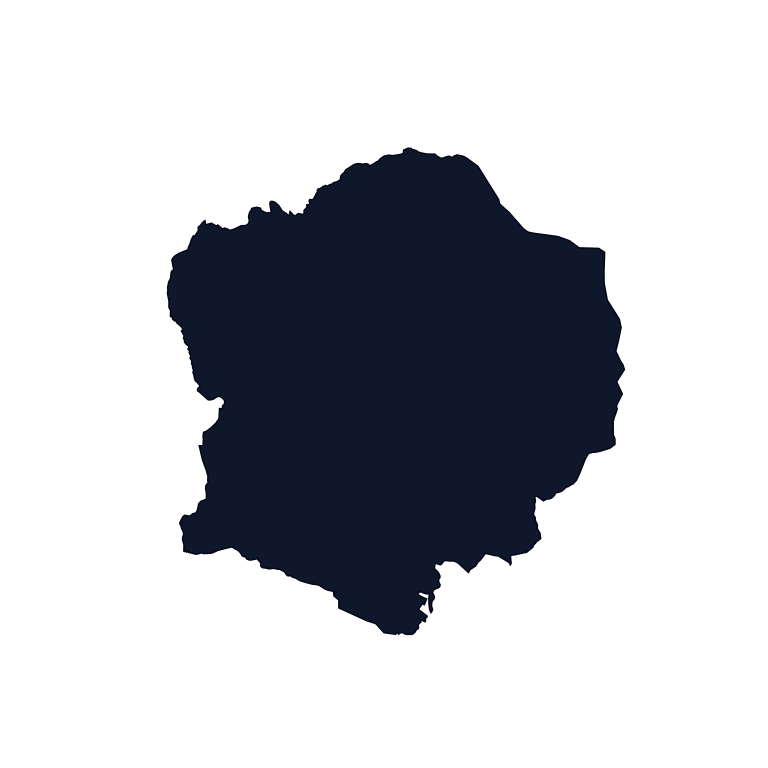 Pausesti-Maglasi, Vâlcea, Romania, rotated 240°
{"feature_id": "2599482B55299870706734", "entity_name": "Pausesti-Maglasi", "entity_type": "district", "adm_level": 2, "iso_a3": "ROU", "parent_name": "Romania", "parent_adm1": "Vâlcea", "projection": "equal_earth", "projection_center": [24.244, 45.144], "detail": "fine", "context": "isolated", "style": "filled", "palette": "ink", "viewbox_px": 768, "rotation_deg": 240, "n_neighbors": 0, "source": "geoboundaries", "source_scale": "gbopen_adm2", "svg_char_len": 6171}
<svg xmlns="http://www.w3.org/2000/svg" viewBox="0 0 768 768"><g transform="rotate(240 384 384)"><path d="M614.8,310.5L614.4,309.1L614.9,309.2L614.2,306.6L613.1,304.5L612.8,301.6L609.5,299.8L606.8,294.3L607.5,293.2L607.4,292.5L605.3,289.3L601.9,285.6L600.4,283.3L598.3,281.2L599.6,271.9L599.5,267.3L598.7,264.2L597.3,262.2L588.7,259.3L588.1,258.2L587.9,256.8L587.1,255.5L582.3,252.1L580.2,248.8L576.1,245.1L572.9,243.5L571.0,241.9L563.2,239.2L558.1,236.2L556.2,235.9L555.3,236.2L553.9,235.7L549.5,232.9L549.0,232.9L547.5,234.2L546.6,234.1L546.2,233.4L545.7,233.4L545.1,233.8L543.4,234.1L542.6,235.2L542.0,235.5L539.7,235.3L539.1,235.9L537.0,236.3L536.1,237.0L532.6,237.2L531.2,236.5L531.2,235.1L526.2,235.1L525.3,234.7L523.8,233.2L521.7,233.2L519.9,232.2L517.2,232.6L515.1,233.6L513.1,233.5L512.3,231.7L511.8,231.6L510.5,232.6L510.1,232.4L509.8,231.9L508.3,230.9L506.0,230.8L504.3,230.2L503.4,229.0L499.9,229.1L497.6,227.4L495.8,227.5L494.0,226.5L490.5,225.7L489.8,224.6L488.9,224.2L486.3,223.8L484.1,222.8L481.1,222.2L479.1,223.0L474.1,223.8L473.3,220.7L472.8,220.0L471.1,219.3L469.2,220.2L458.6,223.6L457.6,224.6L456.7,226.8L456.2,229.2L456.5,233.1L455.4,235.7L451.0,237.5L448.4,237.5L445.5,234.6L446.1,233.8L443.4,231.4L445.0,229.3L437.3,224.4L436.4,223.4L434.1,218.8L432.6,212.5L431.8,206.0L432.4,204.2L432.2,203.4L428.4,200.7L426.7,200.1L421.6,196.8L421.2,196.4L421.4,195.4L422.9,193.1L408.9,188.9L398.2,187.0L392.2,185.5L388.7,183.2L386.6,182.5L385.1,179.1L383.0,177.4L378.9,175.9L374.2,173.4L373.3,172.2L373.2,171.4L373.9,166.7L373.3,164.5L372.8,163.6L367.7,159.0L366.4,156.6L367.2,153.4L366.7,149.9L366.9,149.3L369.8,146.0L370.0,145.1L369.5,144.0L369.6,143.4L366.1,138.0L365.0,137.4L363.0,137.3L360.2,136.6L356.0,136.3L353.5,135.0L352.0,133.1L350.1,131.8L344.5,130.3L339.4,127.1L339.1,127.5L339.6,128.3L339.4,128.6L338.4,127.9L337.9,128.8L337.2,129.0L337.7,130.1L336.1,130.4L330.4,136.3L328.9,141.7L327.5,142.8L324.1,149.3L323.5,151.3L323.0,157.0L319.5,169.4L318.6,171.1L315.7,172.5L313.1,174.3L309.6,175.3L306.2,175.3L304.9,176.0L303.6,177.6L301.0,177.7L298.7,179.6L297.6,182.0L296.2,186.6L291.3,187.8L289.8,187.5L288.5,186.4L286.9,186.4L285.7,186.9L283.5,189.9L281.4,192.0L279.5,196.4L276.9,199.2L275.7,201.0L271.1,204.0L267.7,204.1L266.3,204.6L265.7,205.2L264.7,207.2L261.9,208.6L260.1,210.5L256.3,212.5L251.5,216.8L246.5,221.9L243.3,226.2L241.4,227.6L236.3,230.2L233.5,232.3L230.2,236.1L228.7,236.3L225.5,234.7L219.4,236.9L212.7,232.9L187.8,250.6L180.7,257.0L168.6,259.7L161.6,268.7L161.6,269.6L162.3,270.5L162.2,271.0L161.5,271.5L160.0,271.6L160.2,272.5L160.1,275.4L157.8,276.6L156.6,277.6L155.0,279.7L154.6,280.9L153.4,282.6L153.1,284.2L153.6,286.7L155.1,289.2L155.0,291.2L155.9,292.2L157.7,292.7L158.5,293.3L159.4,296.8L160.9,297.9L160.6,298.8L157.8,300.4L157.6,300.9L158.0,301.5L160.1,302.4L160.6,304.2L161.3,305.3L171.7,301.1L174.6,307.4L172.7,308.6L176.5,313.4L181.2,310.0L184.3,308.3L185.6,308.5L186.1,310.5L185.5,312.1L181.8,314.9L179.6,318.3L175.2,315.2L170.7,312.8L165.5,310.7L162.6,310.3L162.7,311.0L163.7,312.5L164.6,313.3L167.9,314.1L170.8,316.0L172.1,317.4L172.7,319.4L174.0,321.0L175.7,321.5L179.4,321.7L180.8,324.3L180.9,326.0L180.4,329.6L180.6,330.7L181.5,331.8L182.3,332.2L185.4,332.4L187.6,333.7L188.2,335.4L189.8,336.5L193.9,336.8L199.1,335.3L203.1,338.6L202.4,339.6L199.3,342.4L199.3,344.0L200.8,347.2L200.7,348.1L199.6,350.2L197.6,352.7L197.1,353.9L195.8,355.9L193.6,357.7L191.5,358.8L178.5,363.0L180.2,365.4L180.6,372.3L182.8,376.5L183.4,379.5L186.6,387.2L180.2,394.0L178.2,396.7L176.5,397.9L167.0,403.0L165.3,403.3L163.7,402.6L165.3,404.5L171.6,407.4L172.0,408.5L172.0,409.2L171.0,410.9L167.0,423.4L168.0,430.3L168.5,431.6L169.9,433.1L170.3,435.4L171.1,436.9L171.8,442.4L176.9,444.5L182.1,444.4L185.8,446.6L188.1,446.6L191.1,447.1L192.2,448.0L193.5,448.2L195.3,448.0L196.3,448.2L198.4,449.9L200.6,452.3L204.5,454.2L207.3,456.9L210.6,457.9L211.0,459.0L210.6,460.2L203.1,463.7L203.1,466.9L201.7,470.4L201.5,472.4L201.9,474.6L202.7,476.6L203.7,477.4L203.7,478.3L202.5,482.9L202.4,485.1L203.5,490.1L203.0,492.5L203.2,496.4L202.9,497.5L204.4,502.5L209.0,509.0L218.0,520.3L221.4,525.8L221.4,527.3L220.8,529.8L218.9,533.9L217.7,537.7L215.5,547.5L216.2,553.8L220.9,556.5L225.4,557.2L236.8,563.6L240.5,567.4L245.6,573.4L248.7,574.2L251.7,578.4L256.2,585.4L269.7,586.6L276.3,599.4L281.1,600.5L286.2,600.3L296.5,601.1L304.5,608.8L314.4,617.6L322.5,620.2L345.1,619.3L361.2,625.0L370.7,630.3L387.7,640.9L394.1,637.7L404.3,621.1L415.4,616.2L424.7,608.3L440.5,588.0L443.8,584.5L448.8,582.3L469.9,578.1L481.9,574.2L486.7,575.5L525.5,574.2L538.9,568.2L541.2,566.8L545.8,561.9L546.3,559.0L546.1,556.4L546.6,555.6L548.2,554.8L548.9,554.0L549.9,550.0L550.1,547.9L551.1,546.1L554.6,543.9L557.5,543.1L561.5,536.4L565.7,531.5L567.8,529.6L569.1,529.2L570.6,528.1L573.6,525.3L574.5,525.3L576.2,522.7L576.7,517.9L573.9,516.1L574.2,515.6L574.3,513.8L577.4,505.6L579.7,502.7L581.3,498.1L580.8,492.4L579.8,492.5L580.1,488.3L579.9,485.7L580.1,480.5L582.1,480.2L583.3,479.4L584.4,477.3L584.7,475.8L587.6,472.3L588.6,469.7L589.0,467.8L588.6,457.9L587.1,455.6L586.5,452.5L585.7,450.5L583.0,448.5L582.6,447.5L582.7,444.0L583.5,441.3L583.5,440.5L583.0,439.4L583.7,436.7L583.7,434.3L584.0,433.5L585.3,432.4L584.9,430.9L585.7,430.2L585.1,428.8L585.3,428.1L585.1,425.8L585.9,424.7L585.1,423.8L585.1,423.0L583.4,422.5L583.1,421.0L581.5,418.9L579.2,414.9L579.3,414.2L580.9,411.9L579.8,410.5L578.4,410.6L577.3,409.6L576.9,408.8L577.1,407.7L577.7,406.7L575.8,405.8L574.9,404.0L574.7,402.6L574.2,401.5L571.2,399.8L571.3,399.1L572.3,397.3L574.2,395.4L574.5,393.8L574.0,392.6L573.9,391.7L574.1,391.2L575.6,390.0L580.3,388.9L577.8,386.6L577.4,385.4L580.5,384.7L584.5,382.4L590.9,382.1L595.0,380.8L597.0,379.7L598.4,378.0L598.5,376.6L597.4,375.4L588.2,371.7L590.2,369.7L590.2,368.6L592.9,366.2L595.8,364.6L596.8,364.3L597.7,365.0L598.8,364.3L600.8,361.9L602.1,357.7L602.2,357.2L600.8,355.7L600.2,354.1L598.7,352.1L596.1,350.1L592.7,349.0L590.7,347.0L590.3,344.9L590.4,343.5L592.4,339.5L593.1,331.3L594.1,327.2L596.2,326.1L598.9,323.8L598.8,321.7L604.8,319.5L604.6,318.5L605.1,317.5L609.5,315.0L611.1,309.1L614.8,310.5Z" fill="#0f172a" stroke="#020617" stroke-width="1.5"/></g></svg>